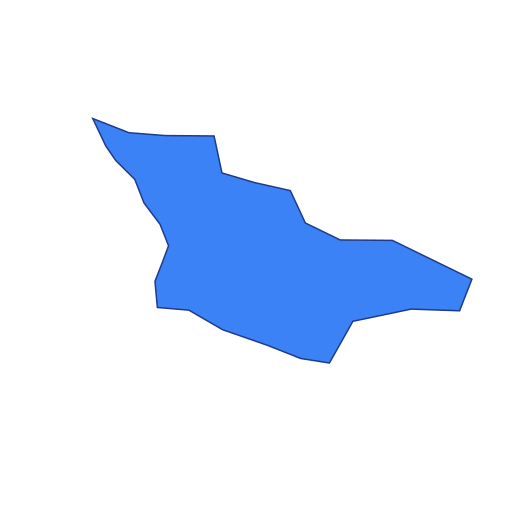 outline of Temvria, Nicosia, Cyprus, rotated 206°
{"feature_id": "46923920B57973274599513", "entity_name": "Temvria", "entity_type": "district", "adm_level": 2, "iso_a3": "CYP", "parent_name": "Cyprus", "parent_adm1": "Nicosia", "projection": "natural_earth1", "projection_center": [32.889, 35.023], "detail": "fine", "context": "isolated", "style": "filled", "palette": "blue", "viewbox_px": 512, "rotation_deg": 206, "n_neighbors": 0, "source": "geoboundaries", "source_scale": "gbopen_adm2", "svg_char_len": 528}
<svg xmlns="http://www.w3.org/2000/svg" viewBox="0 0 512 512"><g transform="rotate(206 256 256)"><path d="M322.1,166.5L292.6,177.9L253.8,175.1L206.8,180.7L170.8,183.5L143.1,192.0L140.3,239.8L93.3,276.3L49.0,296.0L51.8,329.8L101.6,329.8L140.3,329.8L187.4,307.3L226.1,307.3L253.8,329.8L289.8,321.3L323.0,315.7L346.3,345.5L390.5,324.4L424.3,311.1L463.0,308.0L439.2,289.0L424.0,280.4L398.5,271.7L379.8,254.5L356.1,242.4L339.1,226.9L337.4,209.6L335.7,188.9L322.1,166.5Z" fill="#3b82f6" stroke="#1e3a8a" stroke-width="1.5"/></g></svg>